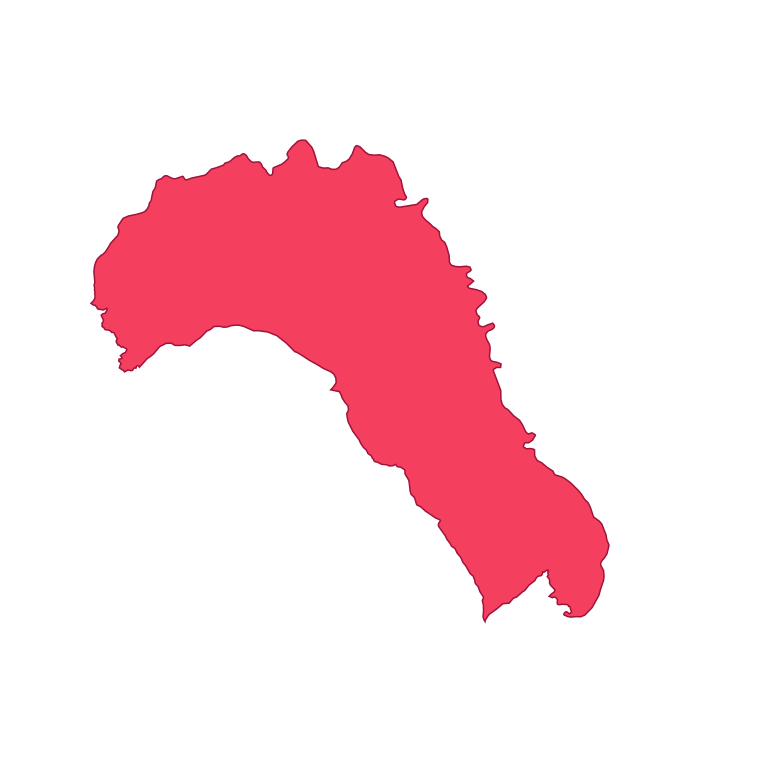 Galanefhi, Maekel, Eritrea, rotated 223°
{"feature_id": "51966322B55645768572495", "entity_name": "Galanefhi", "entity_type": "district", "adm_level": 2, "iso_a3": "ERI", "parent_name": "Eritrea", "parent_adm1": "Maekel", "projection": "orthographic", "projection_center": [38.896, 15.263], "detail": "fine", "context": "isolated", "style": "filled", "palette": "rose", "viewbox_px": 768, "rotation_deg": 223, "n_neighbors": 0, "source": "geoboundaries", "source_scale": "gbopen_adm2", "svg_char_len": 6146}
<svg xmlns="http://www.w3.org/2000/svg" viewBox="0 0 768 768"><g transform="rotate(223 384 384)"><path d="M148.1,279.2L148.8,280.2L149.8,285.4L149.9,287.7L148.2,295.9L147.2,304.4L143.0,309.1L143.3,315.5L141.7,318.7L140.9,326.9L140.2,329.0L140.8,335.7L139.6,342.9L140.4,346.2L140.3,348.2L138.4,351.1L138.4,352.5L139.7,354.7L138.6,355.4L138.1,358.8L137.6,359.5L136.4,359.8L136.4,358.7L133.7,356.3L133.3,354.5L129.6,353.9L126.8,351.0L124.6,350.4L118.4,350.0L117.7,347.7L118.3,345.2L118.5,341.3L115.2,342.5L114.2,344.5L112.5,344.9L110.0,344.6L108.0,341.9L106.9,341.3L105.6,341.8L103.2,344.7L99.6,347.6L98.8,347.9L97.3,347.2L96.6,348.0L95.4,347.6L93.5,346.1L92.4,345.9L91.4,345.2L91.6,342.4L94.7,342.1L95.6,341.5L95.9,340.8L95.8,339.0L95.1,337.9L91.7,338.9L88.6,340.7L84.7,345.0L81.4,347.9L79.5,352.1L79.3,362.2L82.6,375.8L85.7,381.7L89.4,389.9L91.7,393.2L96.2,397.3L102.0,399.3L103.5,401.1L104.1,403.5L104.2,407.0L105.1,411.8L108.8,418.5L110.0,419.9L114.3,421.7L118.8,425.1L129.4,430.2L133.2,430.5L140.2,429.7L149.3,434.7L153.6,436.3L158.9,436.5L163.7,437.9L168.0,438.6L180.1,439.0L187.4,438.2L190.6,437.3L196.9,434.2L197.8,434.2L201.0,435.5L208.0,434.3L215.1,433.9L219.8,432.5L224.6,434.1L229.1,438.6L230.1,438.4L233.2,436.4L235.6,433.8L239.0,433.1L239.6,433.5L240.8,436.5L240.5,437.4L238.1,439.7L237.1,444.2L238.2,449.7L238.9,450.0L242.0,449.4L242.8,448.8L244.2,446.0L246.2,445.6L248.3,445.9L254.9,448.6L260.1,449.9L267.3,449.2L276.0,449.8L279.4,449.0L283.7,449.8L287.8,452.3L294.2,458.9L313.5,468.5L313.8,469.4L313.0,472.8L310.0,475.6L312.1,478.5L316.1,477.0L320.5,474.3L322.0,474.2L323.5,474.7L325.8,476.2L330.0,481.7L332.2,483.8L334.0,484.9L339.2,486.7L341.9,488.1L343.2,489.3L343.8,490.4L344.0,493.7L342.4,497.1L341.9,499.3L342.2,501.0L342.8,501.8L344.0,502.4L346.0,502.6L348.6,497.8L349.9,494.3L351.8,492.5L354.2,491.7L356.1,492.4L358.0,494.1L359.3,497.9L360.5,498.3L363.3,498.3L366.4,500.0L367.1,500.8L367.5,503.2L366.8,512.4L367.5,516.7L368.5,517.6L371.1,518.6L375.5,518.3L380.6,516.1L387.1,512.1L389.6,512.4L388.6,520.4L392.8,520.0L395.0,519.1L396.3,519.0L397.4,519.4L399.1,521.1L397.9,525.7L398.1,526.9L400.9,528.1L404.0,526.4L409.0,520.9L412.2,518.5L415.6,516.9L417.1,517.0L419.3,517.8L423.7,522.2L431.5,527.0L436.1,529.0L440.2,528.6L444.3,530.3L447.3,533.1L452.4,533.0L455.8,532.4L460.6,532.6L465.3,532.2L469.6,532.7L471.5,533.5L474.0,535.7L475.5,541.2L475.8,546.3L477.9,549.1L479.4,548.8L480.9,546.9L481.6,545.3L482.5,537.7L493.2,523.9L495.7,522.4L497.0,522.2L500.1,523.9L500.7,525.0L500.0,527.9L499.3,529.4L495.4,531.9L494.7,532.6L494.4,534.0L494.6,535.4L495.3,536.1L498.4,537.0L503.3,539.6L510.7,544.8L514.6,545.8L528.9,552.7L535.2,552.2L538.8,551.1L543.7,548.5L547.0,544.9L551.4,541.6L555.6,540.8L563.4,541.1L566.6,539.7L566.9,539.1L566.8,537.0L564.0,530.3L562.9,525.1L563.4,521.2L565.4,517.4L564.6,512.6L565.3,508.6L568.6,505.4L572.1,504.1L575.8,500.4L580.3,498.2L593.7,506.0L598.2,507.9L607.4,508.8L609.3,507.4L611.1,505.5L612.6,502.7L613.1,494.4L612.5,488.0L611.8,486.2L611.0,485.5L608.8,485.0L607.8,483.5L608.0,478.9L608.7,475.0L612.3,466.8L612.3,466.2L609.1,462.1L608.7,460.8L608.9,459.8L609.8,458.6L613.4,458.8L616.2,459.8L620.8,459.9L623.6,461.2L626.0,461.5L627.2,460.9L631.3,456.5L633.2,456.1L637.2,456.2L640.5,457.3L643.5,456.9L644.4,455.8L645.0,452.6L647.0,450.5L647.0,449.5L647.9,447.9L648.4,442.4L649.0,440.4L650.9,437.2L650.7,434.6L654.3,427.5L656.8,423.4L657.0,415.7L658.0,413.6L664.9,403.8L667.9,398.2L669.7,397.9L672.0,398.7L672.9,398.6L676.4,392.1L677.6,390.8L679.8,389.7L684.7,388.3L685.9,387.3L686.7,385.6L686.7,382.4L688.0,380.2L688.7,377.3L685.1,371.5L684.2,367.0L679.3,359.1L679.0,356.2L677.7,354.4L676.6,351.0L676.5,347.2L677.3,345.0L680.9,339.0L685.4,332.7L687.6,327.8L687.7,326.1L686.3,318.6L685.7,317.3L682.4,315.5L681.5,314.2L680.1,311.3L679.9,299.9L679.3,298.3L677.9,290.7L678.1,286.5L678.7,285.5L678.9,280.0L677.9,276.5L676.2,273.0L672.9,268.4L665.0,261.3L663.2,258.3L661.3,257.1L659.6,255.0L658.6,254.7L657.1,252.8L654.4,250.4L653.2,246.9L653.3,243.1L650.5,243.5L648.7,244.7L648.0,244.4L646.7,244.4L644.8,243.6L643.4,244.1L641.6,245.7L640.4,246.1L639.6,247.0L638.5,250.1L637.7,250.4L636.9,248.8L636.2,245.5L637.5,243.7L637.8,241.9L637.5,241.2L632.7,239.4L631.7,237.4L631.7,236.0L630.0,234.7L629.8,234.0L629.0,233.7L627.7,234.2L625.1,233.5L621.8,235.8L620.5,236.2L618.4,236.0L617.0,237.2L616.1,237.3L611.9,235.6L610.0,235.5L609.3,232.9L608.1,232.0L604.8,231.0L604.4,231.8L601.2,231.8L600.1,233.2L596.0,234.1L595.3,233.3L594.6,230.6L595.7,228.3L596.1,224.9L594.8,224.9L593.2,224.2L593.7,222.8L594.8,221.5L593.6,219.8L592.1,220.0L589.9,219.4L590.0,218.2L588.6,215.3L585.6,215.7L584.6,216.3L582.0,215.9L580.9,219.3L579.9,220.3L578.4,220.9L577.2,222.4L577.7,225.0L577.4,225.7L576.4,226.2L576.2,226.9L577.1,227.6L577.2,228.4L576.6,229.4L575.4,229.8L574.3,229.4L574.5,241.3L573.6,245.0L573.1,249.0L573.6,258.4L571.0,265.2L567.5,268.7L563.2,269.7L559.4,273.1L556.4,276.9L552.0,279.2L550.9,288.5L549.9,292.7L549.7,301.9L548.1,305.6L547.6,310.0L543.7,314.0L539.8,316.3L537.4,319.0L535.6,322.4L532.8,325.8L529.4,328.6L525.5,330.6L515.5,334.1L512.5,337.1L504.6,342.7L495.4,346.3L483.3,347.3L471.3,346.8L469.7,347.6L465.7,348.6L455.0,350.4L444.9,352.9L439.1,354.0L431.2,356.7L427.3,357.0L423.1,355.4L419.8,352.2L419.0,347.4L419.0,343.4L411.4,348.0L408.0,346.8L404.7,345.1L399.8,343.9L395.6,343.5L392.3,340.9L391.0,336.9L387.4,333.9L384.0,331.7L374.6,328.2L364.5,326.3L360.6,324.7L355.7,323.6L351.7,323.6L348.1,322.2L344.5,322.8L341.8,321.8L340.5,321.8L338.9,321.0L337.5,321.1L335.4,322.4L331.0,323.6L326.9,326.8L324.2,327.7L321.8,330.3L320.7,333.1L318.3,332.6L317.3,332.9L315.3,334.5L310.1,335.4L307.3,332.6L300.5,330.6L299.2,329.8L291.3,323.1L288.9,321.8L284.1,321.7L278.2,318.2L277.3,318.0L273.9,319.2L267.2,319.3L254.9,321.2L250.5,322.8L249.5,322.5L249.1,319.6L248.6,318.5L247.0,317.1L235.8,314.8L231.5,313.2L227.3,312.5L223.9,311.4L219.9,312.1L215.1,310.2L209.8,309.6L204.7,307.4L200.3,306.8L191.7,304.1L187.7,304.3L184.4,302.7L181.2,300.4L177.2,300.1L172.1,297.5L165.7,296.0L164.5,292.7L160.9,290.4L156.3,285.8L152.8,281.3L150.2,279.8L148.1,279.2Z" fill="#f43f5e" stroke="#9f1239" stroke-width="1.5"/></g></svg>